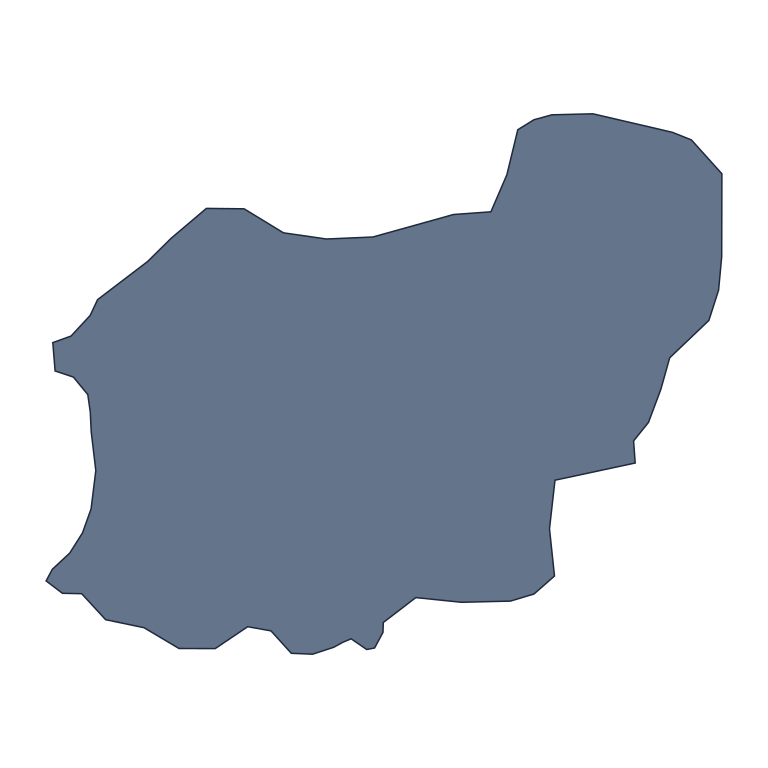 SVG path tracing the border of Usak
{"feature_id": "TUR-3014", "entity_name": "Usak", "entity_type": "Province", "adm_level": 1, "iso_a3": "TUR", "parent_name": "Turkey", "parent_adm1": "", "projection": "natural_earth1", "projection_center": [29.308, 38.549], "detail": "fine", "context": "isolated", "style": "filled", "palette": "slate", "viewbox_px": 768, "rotation_deg": 0, "n_neighbors": 0, "source": "natural_earth", "source_scale": "10m", "svg_char_len": 895}
<svg xmlns="http://www.w3.org/2000/svg" viewBox="0 0 768 768"><path d="M592.9,113.8L672.3,132.3L691.4,139.9L721.9,173.8L721.7,256.9L718.6,290.1L708.9,320.4L669.7,357.8L660.8,389.5L648.5,422.4L633.6,440.9L635.2,463.0L555.0,480.2L549.5,528.8L554.5,576.0L534.0,594.0L510.4,601.1L461.5,602.3L415.8,597.6L383.3,622.5L383.0,632.3L374.6,648.0L366.7,649.5L351.1,638.8L342.6,642.4L333.7,647.3L312.6,654.2L291.3,653.3L271.0,630.9L247.7,626.7L215.2,648.6L179.0,648.5L144.0,627.7L105.6,619.7L81.7,593.7L62.4,593.3L46.1,580.9L52.3,569.3L69.7,553.1L82.5,532.9L91.1,508.8L95.8,470.6L91.2,431.6L90.3,412.3L87.8,394.6L73.4,377.1L55.1,371.0L52.8,342.6L71.1,336.0L90.2,315.4L97.6,299.6L147.6,261.5L171.2,238.2L206.4,208.4L244.1,208.8L283.4,232.8L326.4,239.0L372.8,237.0L453.5,214.5L490.9,211.8L506.9,174.7L517.8,129.7L534.0,119.7L551.9,114.8L592.9,113.8Z" fill="#64748b" stroke="#1e293b" stroke-width="1.5"/></svg>